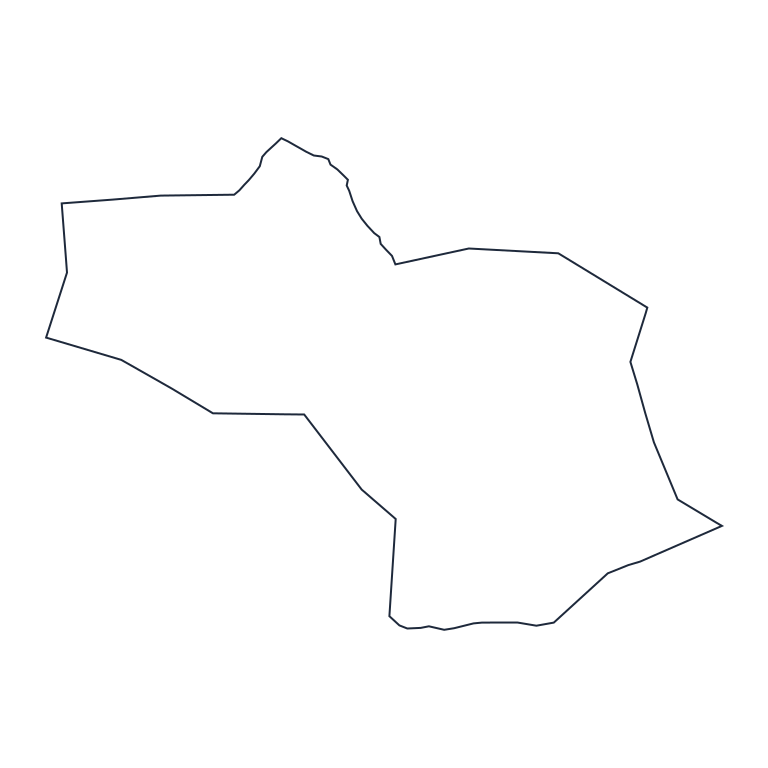 Bela Vista do Piauí, Piauí, Brazil (Mercator projection)
{"feature_id": "56859067B1164348175841", "entity_name": "Bela Vista do Piauí", "entity_type": "district", "adm_level": 2, "iso_a3": "BRA", "parent_name": "Brazil", "parent_adm1": "Piauí", "projection": "mercator", "projection_center": [-41.861, -7.998], "detail": "fine", "context": "isolated", "style": "outline", "palette": "slate", "viewbox_px": 768, "rotation_deg": 0, "n_neighbors": 0, "source": "geoboundaries", "source_scale": "gbopen_adm2", "svg_char_len": 1035}
<svg xmlns="http://www.w3.org/2000/svg" viewBox="0 0 768 768"><path d="M647.3,307.6L558.3,253.3L468.8,248.5L395.4,264.4L392.0,255.9L386.1,249.8L380.7,243.9L379.4,237.0L374.2,233.1L367.4,225.8L361.7,218.7L357.0,211.1L352.6,201.2L349.2,190.8L346.7,185.5L347.9,179.8L343.3,175.2L337.3,169.4L330.5,164.6L328.3,159.1L321.7,156.5L313.8,155.5L306.1,151.7L300.7,148.6L295.7,145.8L288.0,141.4L281.3,138.2L275.7,143.6L271.3,147.6L266.4,152.1L262.3,156.8L259.8,166.2L254.3,173.6L248.8,180.1L244.2,184.9L239.4,190.3L234.2,194.7L160.8,195.6L112.7,199.6L61.7,203.4L66.0,259.2L67.0,272.6L46.1,337.6L121.3,359.9L172.0,388.7L212.9,413.3L284.1,414.3L304.2,414.5L361.7,489.6L395.7,519.0L389.4,616.2L399.4,625.4L407.3,628.5L420.7,627.9L428.9,626.3L444.2,629.8L454.2,628.2L473.5,623.4L481.9,622.6L505.7,622.5L517.3,622.5L536.4,625.7L553.8,622.6L607.8,573.3L628.3,565.1L640.1,561.6L655.4,554.9L721.9,525.9L716.6,522.8L677.6,499.4L653.9,442.3L645.3,413.3L637.3,384.5L630.4,361.9L645.7,313.2L647.3,307.6Z" fill="none" stroke="#1e293b" stroke-width="2"/></svg>